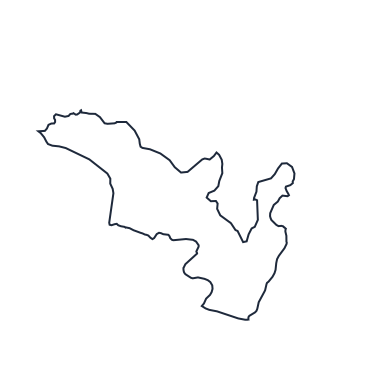 an SVG outline of Ardebil, rotated 148°
{"feature_id": "IRN-3230", "entity_name": "Ardebil", "entity_type": "Province", "adm_level": 1, "iso_a3": "IRN", "parent_name": "Iran", "parent_adm1": "", "projection": "mercator", "projection_center": [47.857, 38.431], "detail": "fine", "context": "isolated", "style": "outline", "palette": "slate", "viewbox_px": 384, "rotation_deg": 148, "n_neighbors": 0, "source": "natural_earth", "source_scale": "10m", "svg_char_len": 2858}
<svg xmlns="http://www.w3.org/2000/svg" viewBox="0 0 384 384"><g transform="rotate(148 192 192)"><path d="M211.7,54.0L211.8,54.1L212.9,54.4L214.6,55.5L219.8,60.3L234.0,77.5L239.8,82.9L242.2,86.1L244.1,90.1L243.2,90.4L241.0,91.1L236.5,94.1L231.2,95.2L228.4,96.7L225.9,99.0L224.3,102.1L224.2,105.9L225.3,108.8L227.4,111.7L232.2,116.4L237.1,118.4L238.3,119.7L240.9,125.2L241.3,126.5L241.3,128.1L240.9,129.5L240.2,131.0L239.5,132.1L239.4,132.1L235.9,134.3L220.3,137.1L220.0,137.8L220.0,138.6L219.8,139.3L215.4,142.1L214.6,143.3L214.8,147.8L216.5,150.9L222.0,155.3L233.2,160.9L234.2,161.8L234.5,162.7L234.9,164.3L234.5,166.4L234.7,168.2L238.8,171.5L240.1,173.5L241.6,174.9L244.2,175.0L248.5,173.0L250.5,173.0L251.5,175.3L252.1,178.2L253.2,179.7L254.5,180.9L255.9,183.1L257.3,184.7L258.6,186.4L260.7,189.1L261.8,190.5L264.1,194.4L266.8,197.0L267.2,197.0L267.7,198.2L270.4,200.6L272.2,202.9L272.7,204.9L274.7,205.7L277.9,206.5L279.2,207.9L278.5,209.8L259.3,232.6L257.6,236.7L256.9,242.4L254.2,246.6L254.0,252.5L261.8,274.1L275.8,296.2L280.5,301.1L285.9,305.3L288.7,309.0L288.8,312.0L288.4,316.7L289.1,322.2L290.1,324.9L284.4,321.8L281.4,322.7L278.1,325.0L275.0,324.6L272.6,323.2L271.0,323.9L269.9,325.7L269.9,327.5L268.8,329.4L266.2,330.0L259.9,323.2L256.4,321.9L253.9,322.6L252.7,322.2L251.6,321.6L250.8,321.7L249.6,319.2L248.4,318.6L245.5,318.7L244.2,319.2L243.5,320.1L242.8,320.1L243.3,318.5L243.5,317.9L239.6,314.8L237.8,312.9L232.6,309.5L230.4,304.3L229.7,296.6L227.5,294.6L221.3,291.3L219.4,291.0L218.8,291.3L210.6,286.2L208.1,274.5L208.8,264.7L210.7,260.6L211.6,257.7L210.7,255.7L205.0,250.5L198.4,241.4L194.1,230.8L193.5,222.2L191.0,214.3L185.1,211.4L166.1,214.2L163.6,213.7L162.5,212.8L159.8,210.2L154.4,210.9L150.3,212.5L149.3,209.2L149.7,203.6L151.4,199.7L153.6,196.9L156.3,191.9L163.0,186.9L166.6,183.0L172.3,181.3L178.4,182.3L182.5,179.5L180.9,174.2L176.5,171.7L176.4,168.6L179.6,164.4L180.4,157.2L175.5,144.9L175.3,136.7L174.0,134.8L175.2,122.4L171.8,121.2L166.4,126.1L160.7,129.5L157.2,129.2L150.9,133.5L141.2,150.5L142.3,152.2L143.6,152.7L142.5,154.1L137.2,158.1L134.0,162.5L130.5,165.3L117.8,161.7L112.3,163.3L106.5,166.4L100.7,168.5L96.3,166.1L93.9,160.2L95.3,153.4L98.7,148.9L101.0,147.6L101.8,146.1L105.0,145.7L109.5,146.8L110.6,145.8L111.2,142.8L111.3,139.6L111.5,137.9L113.2,137.8L117.2,141.0L120.9,140.3L124.3,138.4L129.5,137.7L136.9,132.6L138.6,130.2L139.2,128.2L139.5,126.1L137.9,119.4L136.7,117.2L134.1,115.9L132.9,114.6L132.8,113.5L132.5,113.3L131.9,111.1L132.4,110.8L133.3,109.7L133.8,108.9L135.2,104.8L138.2,99.9L138.5,98.8L139.4,97.8L143.4,95.3L151.8,92.0L152.8,91.5L155.4,90.0L158.2,87.1L162.4,81.7L165.1,79.4L168.7,77.4L174.6,75.4L176.5,75.2L177.6,74.4L182.1,69.9L183.6,69.0L193.8,63.2L197.4,59.5L198.7,58.2L200.4,57.0L202.4,56.5L208.8,56.6L209.9,56.3L210.8,55.5L211.7,54.0Z" fill="none" stroke="#1e293b" stroke-width="2"/></g></svg>